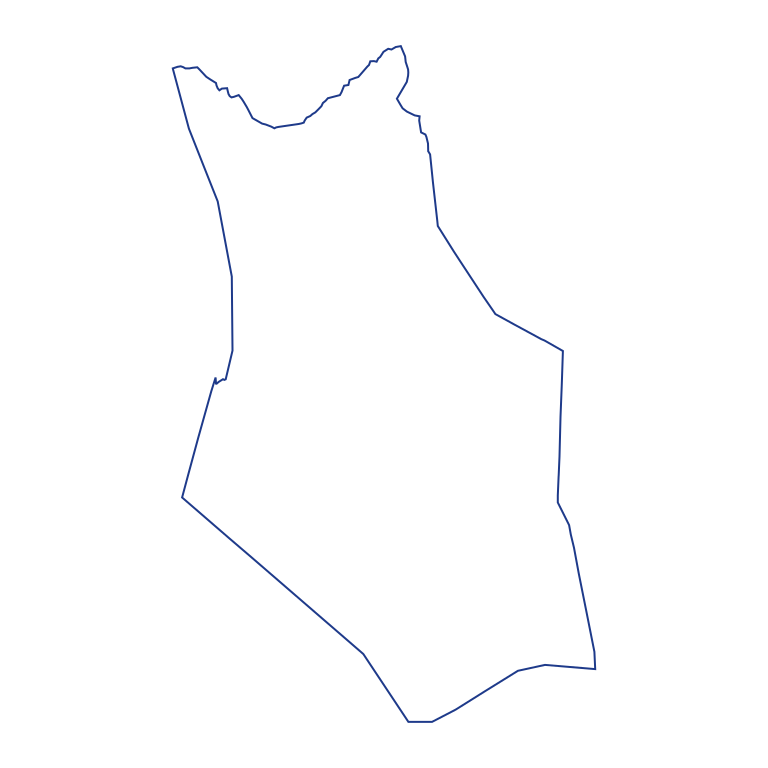 the district of Villa de Tamazulápam del Progreso, Oaxaca, Mexico
{"feature_id": "50627088B71478824298486", "entity_name": "Villa de Tamazulápam del Progreso", "entity_type": "district", "adm_level": 2, "iso_a3": "MEX", "parent_name": "Mexico", "parent_adm1": "Oaxaca", "projection": "equal_earth", "projection_center": [-97.589, 17.695], "detail": "fine", "context": "isolated", "style": "outline", "palette": "blue", "viewbox_px": 768, "rotation_deg": 0, "n_neighbors": 0, "source": "geoboundaries", "source_scale": "gbopen_adm2", "svg_char_len": 1884}
<svg xmlns="http://www.w3.org/2000/svg" viewBox="0 0 768 768"><path d="M172.8,68.4L173.0,69.3L188.9,128.6L203.7,166.1L217.7,201.4L231.8,276.6L232.5,350.6L227.7,370.9L225.7,379.3L224.3,379.9L223.0,379.2L218.7,381.9L216.6,383.7L216.0,383.6L215.6,377.5L211.3,391.2L198.2,437.9L188.1,475.1L182.1,497.5L229.5,538.5L253.2,558.8L314.6,611.9L363.3,654.0L408.4,721.9L432.0,721.9L455.7,709.6L485.5,690.9L517.9,670.8L545.0,664.9L595.2,669.1L594.4,651.8L586.6,612.6L578.8,573.7L574.0,547.8L570.8,534.5L569.1,525.1L557.8,502.5L557.8,500.3L557.8,500.0L557.8,495.5L558.6,476.5L558.7,475.2L559.5,456.5L560.5,417.1L561.7,386.6L562.0,378.2L562.9,351.0L544.5,340.5L541.2,339.1L514.1,324.4L503.4,318.5L495.4,314.1L493.1,310.7L483.8,297.2L483.4,296.6L459.7,260.5L453.9,251.6L437.8,226.0L437.3,221.0L432.9,181.9L430.1,154.4L428.5,151.7L428.2,151.3L428.1,146.9L428.0,143.5L426.4,136.9L425.4,134.5L421.1,132.4L419.2,120.6L419.6,116.3L414.7,115.4L406.9,111.6L402.6,108.3L400.7,105.2L396.9,98.7L406.8,81.9L408.1,75.7L408.3,72.6L408.1,69.5L407.3,66.9L405.7,62.0L405.1,56.4L400.8,46.1L395.8,47.0L391.5,49.5L388.2,48.8L383.5,51.8L380.2,56.9L378.3,58.4L376.6,61.7L373.9,61.1L370.3,61.3L369.0,65.0L367.4,66.5L358.3,77.0L355.3,77.9L349.6,80.0L348.4,85.0L344.1,85.7L341.5,92.2L339.9,95.1L328.0,98.2L327.9,98.2L325.6,100.8L322.9,103.0L321.4,106.2L318.7,109.0L315.3,112.4L312.4,114.1L310.3,116.0L306.7,117.6L304.7,120.5L303.8,122.6L301.4,123.4L298.6,124.0L278.6,126.9L276.2,127.4L274.4,128.3L271.2,126.6L265.7,124.5L262.1,123.6L252.5,118.1L250.8,114.8L248.5,110.3L246.7,106.9L245.5,104.9L243.6,101.7L241.7,98.8L238.7,95.1L234.0,96.8L231.5,97.4L229.7,96.1L228.5,94.0L227.8,91.3L227.1,88.2L221.9,88.6L219.4,90.3L217.7,88.3L216.5,85.4L216.0,83.0L210.2,79.4L206.3,76.8L199.1,69.1L197.3,67.3L192.5,67.8L189.4,68.4L185.4,68.4L183.1,67.1L180.7,66.3L177.6,66.8L172.8,68.4Z" fill="none" stroke="#1e3a8a" stroke-width="2"/></svg>